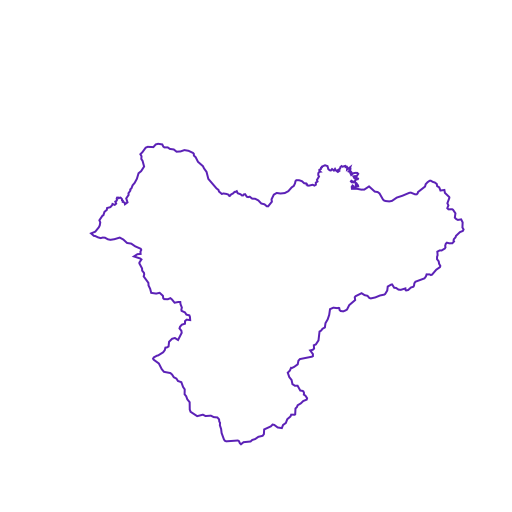 Chaloem Phra Kiat, Nan, Thailand, rotated 127°
{"feature_id": "78962969B24937809655740", "entity_name": "Chaloem Phra Kiat", "entity_type": "district", "adm_level": 2, "iso_a3": "THA", "parent_name": "Thailand", "parent_adm1": "Nan", "projection": "mercator", "projection_center": [101.099, 19.489], "detail": "fine", "context": "isolated", "style": "outline", "palette": "violet", "viewbox_px": 512, "rotation_deg": 127, "n_neighbors": 0, "source": "geoboundaries", "source_scale": "gbopen_adm2", "svg_char_len": 6149}
<svg xmlns="http://www.w3.org/2000/svg" viewBox="0 0 512 512"><g transform="rotate(127 256 256)"><path d="M337.2,401.3L337.5,397.6L336.8,396.4L336.2,393.4L335.2,390.8L333.5,389.5L332.3,387.7L331.8,384.3L330.7,382.0L327.8,379.2L323.3,375.9L322.7,371.9L323.2,366.8L321.2,363.1L321.0,358.4L319.6,352.4L320.2,351.3L322.1,350.9L323.8,349.4L325.9,351.8L329.8,353.2L327.7,347.0L327.7,345.4L331.4,345.2L332.1,344.7L334.5,339.5L336.2,338.1L336.9,335.3L338.0,334.2L339.9,333.4L342.2,325.8L344.2,324.1L345.9,320.8L348.5,317.5L346.1,313.1L343.4,310.8L343.8,306.4L345.6,304.6L345.7,303.4L343.6,300.4L341.2,299.0L341.3,297.0L342.3,292.9L339.4,290.3L338.3,288.8L339.9,287.3L341.8,284.2L343.8,283.3L344.6,282.4L343.8,278.8L344.7,276.3L343.5,273.5L344.4,272.1L346.8,270.0L348.6,273.1L350.7,273.5L352.8,272.0L355.5,273.9L358.2,274.1L359.9,273.5L360.6,270.6L362.1,269.1L370.0,267.7L370.3,271.4L372.6,273.2L376.8,273.8L380.9,271.4L382.6,272.1L383.7,273.2L386.1,272.2L388.8,272.2L394.3,274.3L395.2,275.1L398.5,276.6L400.0,276.4L400.4,275.2L400.3,268.9L403.1,263.2L403.9,259.8L401.0,253.9L401.2,251.6L402.3,248.7L401.8,245.8L402.8,243.1L401.7,239.7L404.5,235.4L405.4,232.7L409.4,229.8L410.0,227.4L411.8,224.6L412.7,221.0L418.5,216.5L419.8,214.5L419.3,206.6L414.7,202.9L414.2,200.0L410.7,196.0L410.1,192.8L408.2,189.7L408.7,187.2L410.3,185.7L410.9,184.3L412.9,183.0L415.2,179.7L418.1,176.9L421.8,171.2L422.3,169.7L421.9,168.2L414.3,159.5L414.1,158.2L415.2,156.3L415.4,154.7L412.2,153.9L407.4,148.7L405.2,148.3L402.7,146.5L399.0,145.3L395.6,142.5L393.5,142.5L389.6,145.1L383.1,141.6L380.6,141.3L379.9,139.7L379.9,135.5L377.9,131.8L374.7,132.7L371.4,131.7L367.5,132.8L363.4,131.9L361.5,132.4L359.5,129.6L358.9,129.4L354.0,132.7L352.1,132.4L350.1,132.9L346.7,131.5L343.4,131.0L340.2,129.1L338.8,129.6L337.8,132.5L337.9,134.4L336.5,135.2L335.6,136.7L335.7,137.6L336.8,139.7L334.6,144.7L336.2,146.8L336.4,149.8L333.6,153.0L332.7,156.5L330.1,160.4L327.1,160.0L324.2,160.7L323.8,159.9L321.6,158.8L317.4,157.5L314.1,159.1L311.9,158.9L302.7,150.7L301.7,150.3L300.1,151.5L298.8,155.9L296.7,154.2L295.0,153.9L292.5,156.1L290.6,155.0L285.8,155.3L278.1,159.8L276.4,159.1L274.1,159.1L271.6,158.0L267.8,160.1L263.5,160.6L259.0,162.1L253.9,164.9L250.7,163.1L248.8,159.8L247.8,158.9L247.5,158.2L248.8,156.8L249.0,155.3L247.7,153.0L245.7,151.8L244.0,151.1L239.1,152.0L231.5,150.3L229.5,152.3L228.2,152.3L222.2,149.3L221.9,145.7L220.7,143.0L221.3,140.2L220.8,138.8L217.3,135.8L212.9,133.2L209.6,130.3L208.6,130.0L204.6,130.4L201.1,132.4L197.4,130.8L196.8,130.2L198.2,126.5L197.2,124.9L197.1,122.0L195.9,120.0L192.0,117.2L193.1,116.2L193.2,115.4L191.6,114.0L187.9,113.3L185.8,111.8L184.5,112.0L182.5,113.1L180.6,113.2L172.5,108.0L170.1,108.0L168.0,108.7L166.2,106.2L166.0,104.9L165.0,104.2L158.5,103.8L154.2,102.4L153.0,102.8L152.0,105.1L150.3,106.9L149.6,109.5L147.7,110.9L146.0,111.5L143.4,113.8L140.9,112.6L139.9,111.1L136.4,109.7L135.0,109.9L134.1,111.0L132.0,111.8L130.5,111.6L129.5,109.2L127.7,106.9L125.2,106.6L124.9,107.4L123.6,108.1L120.9,107.9L119.6,108.4L114.2,107.5L111.5,105.9L109.9,106.2L109.0,108.3L104.8,111.2L103.3,114.2L105.7,116.5L106.0,118.2L105.7,120.3L101.9,122.4L100.5,126.5L100.6,127.4L102.9,130.4L102.7,132.0L99.8,132.8L98.7,134.9L93.1,136.6L92.6,137.2L91.9,143.1L89.9,145.3L92.7,148.1L90.9,151.0L91.2,153.3L89.7,155.0L89.7,157.5L90.4,159.3L90.7,161.8L91.4,162.6L93.8,163.4L96.5,163.7L98.8,162.8L107.4,165.1L108.7,164.6L110.1,164.8L111.0,166.0L112.2,170.5L113.3,171.6L119.7,175.3L124.6,178.7L130.2,180.6L132.2,182.4L134.0,185.4L134.6,186.9L134.5,188.5L131.7,195.0L131.7,197.3L133.1,199.9L132.4,207.6L137.8,209.5L139.6,211.8L141.6,215.9L144.6,219.8L143.1,221.2L141.6,221.3L141.6,220.6L142.2,219.7L142.1,218.4L141.3,217.9L139.7,218.8L140.2,217.6L138.9,216.3L138.2,217.1L137.4,219.8L137.7,221.3L139.5,223.9L139.3,225.1L138.5,225.1L138.2,222.9L136.6,221.9L135.8,222.3L134.3,221.8L133.4,220.9L132.8,221.1L132.9,221.7L134.3,223.0L134.6,224.4L133.8,226.1L133.1,225.5L133.0,223.4L132.1,224.3L131.7,223.6L128.9,223.8L128.7,225.1L129.8,226.7L131.4,228.1L134.0,228.7L133.1,230.4L131.7,230.2L131.4,231.1L131.5,231.8L132.5,232.2L132.7,232.8L130.2,232.7L129.5,233.1L129.9,233.7L128.3,234.2L132.2,235.3L130.2,236.6L130.0,237.4L131.1,238.0L130.4,239.0L132.7,240.7L132.7,241.8L134.4,242.1L135.6,241.4L138.1,242.3L138.0,240.7L139.6,241.2L139.6,243.7L138.9,245.3L140.9,245.2L140.8,247.6L142.7,247.7L143.2,248.8L143.1,250.5L141.2,253.0L142.0,255.5L144.9,257.1L145.5,256.7L146.3,257.2L147.6,256.5L149.0,257.3L149.8,256.7L149.9,255.3L150.6,256.0L152.3,256.1L153.9,255.0L154.6,253.5L158.6,253.1L159.5,251.7L161.4,252.4L163.0,251.1L164.6,251.7L165.0,253.6L168.0,256.1L168.7,257.3L168.1,258.2L168.5,258.6L167.8,259.5L168.9,261.3L168.6,264.3L169.5,267.1L171.2,269.4L172.5,269.5L174.4,268.6L177.3,268.0L179.7,268.8L184.8,269.2L188.4,270.9L191.4,274.1L193.2,277.4L196.3,278.7L201.4,277.7L203.1,276.0L209.0,276.2L209.8,277.3L209.6,280.3L210.9,283.4L210.2,287.6L210.8,291.1L212.5,293.6L212.4,296.7L213.7,297.7L214.2,299.0L213.2,301.9L214.2,302.8L215.3,302.7L216.1,303.6L216.0,305.5L216.9,308.4L215.8,310.4L217.2,311.0L217.7,311.7L219.9,312.0L221.7,312.9L223.9,313.1L224.1,313.7L223.6,314.9L224.2,316.9L225.7,319.7L227.0,320.6L226.8,324.3L225.8,325.8L225.8,328.2L223.1,340.5L218.6,346.1L217.3,350.3L216.2,352.4L215.7,359.0L213.4,363.7L213.2,366.0L211.8,367.2L211.6,368.4L212.6,373.2L214.5,376.9L217.9,379.2L220.5,382.2L220.4,385.8L222.3,389.2L222.4,391.9L224.4,394.5L224.4,395.9L223.3,398.0L225.3,401.7L227.2,403.2L230.8,403.5L234.0,408.2L235.9,409.3L241.5,409.2L244.3,409.6L245.2,407.5L247.5,406.0L248.3,403.8L251.9,399.2L257.4,398.8L260.6,399.6L266.0,397.6L270.7,396.9L273.8,397.1L276.9,396.2L278.5,396.5L279.4,395.7L282.7,395.6L283.9,394.5L288.1,394.3L290.5,390.9L293.5,391.8L292.4,393.1L293.0,395.0L292.0,395.6L292.2,396.5L291.3,397.1L290.9,399.0L291.0,399.6L292.4,400.4L292.2,401.1L293.0,402.1L294.2,401.7L294.8,400.8L296.1,400.6L297.2,401.1L298.3,399.2L300.2,399.6L300.8,401.9L301.8,401.5L304.6,401.7L307.3,403.8L309.0,402.9L311.9,403.6L315.3,402.4L316.2,402.9L321.7,402.6L322.9,400.6L325.6,399.2L327.6,398.8L333.3,399.0L337.2,401.3Z" fill="none" stroke="#5b21b6" stroke-width="2"/></g></svg>